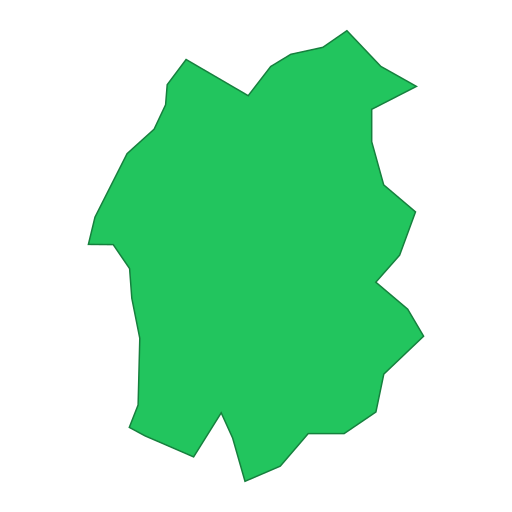 the District of Glogovac
{"feature_id": "KOS-5899", "entity_name": "Glogovac", "entity_type": "District", "adm_level": 1, "iso_a3": "XKX", "parent_name": "Kosovo", "parent_adm1": "", "projection": "albers", "projection_center": [20.868, 42.604], "detail": "fine", "context": "isolated", "style": "filled", "palette": "green", "viewbox_px": 512, "rotation_deg": 0, "n_neighbors": 0, "source": "natural_earth", "source_scale": "10m", "svg_char_len": 589}
<svg xmlns="http://www.w3.org/2000/svg" viewBox="0 0 512 512"><path d="M129.3,427.4L138.1,405.0L139.8,338.3L131.8,298.2L129.6,268.6L113.2,244.6L88.4,244.4L95.0,217.1L127.1,153.6L154.1,129.2L165.6,104.8L167.2,84.7L186.1,59.5L248.2,95.7L270.7,66.5L290.8,54.3L322.9,47.3L346.9,30.7L380.8,66.4L416.4,86.4L371.7,109.3L371.7,141.7L383.7,184.9L415.5,211.9L399.6,255.2L375.8,282.2L407.7,309.2L423.6,336.2L383.8,374.1L375.9,412.0L344.1,433.6L308.2,433.6L280.3,466.1L245.0,481.3L232.6,437.9L221.2,412.8L193.6,456.9L145.1,435.9L129.3,427.4Z" fill="#22c55e" stroke="#15803d" stroke-width="1.5"/></svg>